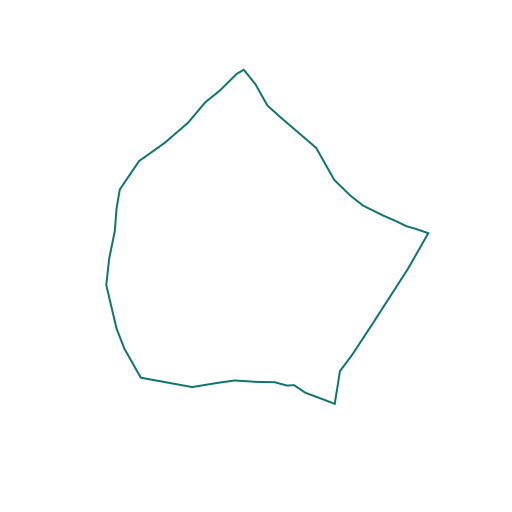 Disuq, Kafr ash Shaykh, Egypt (Mercator projection), rotated 240°
{"feature_id": "37247803B31091771651272", "entity_name": "Disuq", "entity_type": "district", "adm_level": 2, "iso_a3": "EGY", "parent_name": "Egypt", "parent_adm1": "Kafr ash Shaykh", "projection": "mercator", "projection_center": [30.648, 31.145], "detail": "fine", "context": "isolated", "style": "outline", "palette": "teal", "viewbox_px": 512, "rotation_deg": 240, "n_neighbors": 0, "source": "geoboundaries", "source_scale": "gbopen_adm2", "svg_char_len": 769}
<svg xmlns="http://www.w3.org/2000/svg" viewBox="0 0 512 512"><g transform="rotate(240 256 256)"><path d="M189.6,416.6L200.3,407.3L206.5,401.2L215.6,395.1L227.9,386.0L246.3,373.8L261.5,367.8L282.9,361.8L304.3,362.0L319.5,362.2L362.3,347.1L380.6,341.1L405.0,341.4L423.4,338.5L423.4,330.4L417.4,307.5L414.5,288.9L405.5,264.1L399.6,233.2L396.7,202.3L385.7,179.5L381.6,171.2L366.5,158.7L348.2,146.2L327.0,127.4L305.7,111.8L263.1,99.0L241.8,95.7L223.5,95.5L208.2,95.4L191.3,115.3L174.4,135.2L165.1,159.9L158.9,175.2L146.6,193.7L137.4,209.0L131.3,215.1L128.2,218.2L125.1,224.4L112.9,230.4L88.6,250.3L89.3,250.9L90.1,251.5L93.7,254.4L99.2,258.9L114.4,271.2L122.4,290.0L134.0,313.0L138.2,321.4L169.1,381.5L189.6,416.6Z" fill="none" stroke="#0f766e" stroke-width="2"/></g></svg>